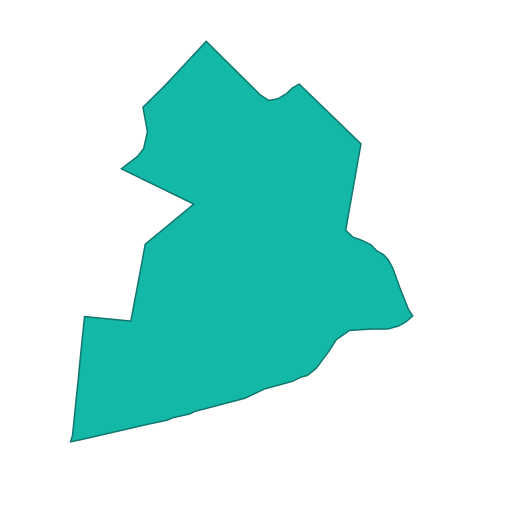 outline of Porto Rico, Paraná, Brazil, rotated 187°
{"feature_id": "56859067B33862297180753", "entity_name": "Porto Rico", "entity_type": "district", "adm_level": 2, "iso_a3": "BRA", "parent_name": "Brazil", "parent_adm1": "Paraná", "projection": "mercator", "projection_center": [-53.319, -22.834], "detail": "fine", "context": "isolated", "style": "filled", "palette": "teal", "viewbox_px": 512, "rotation_deg": 187, "n_neighbors": 0, "source": "geoboundaries", "source_scale": "gbopen_adm2", "svg_char_len": 854}
<svg xmlns="http://www.w3.org/2000/svg" viewBox="0 0 512 512"><g transform="rotate(187 256 256)"><path d="M386.3,389.9L378.9,366.1L380.6,348.9L385.7,340.5L394.0,332.3L400.2,326.1L324.1,299.9L367.4,254.2L368.7,231.8L369.8,214.6L372.3,176.1L418.8,175.0L417.9,129.7L417.4,113.5L417.1,95.3L416.7,77.7L416.3,55.4L417.4,49.0L408.4,52.0L347.9,74.0L323.8,82.4L319.0,85.3L302.5,91.2L297.8,94.3L249.6,113.5L231.3,125.1L204.5,136.1L197.5,140.8L190.3,143.8L182.4,152.1L172.2,170.1L166.0,182.9L154.2,193.5L133.5,197.4L116.3,199.6L105.9,203.9L98.9,209.2L93.2,215.6L98.3,221.8L109.5,242.3L118.9,260.9L124.3,268.3L129.4,272.8L136.5,275.7L143.5,281.2L153.1,284.5L162.3,286.6L170.1,292.5L165.5,380.1L234.1,431.9L240.6,427.0L245.7,420.7L253.4,414.8L262.3,411.9L271.5,416.5L331.6,463.0L367.7,413.3L386.3,389.9Z" fill="#14b8a6" stroke="#0f766e" stroke-width="1.5"/></g></svg>